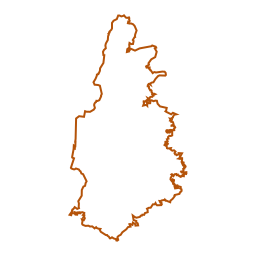 Tulkarm, West Bank, Palestine
{"feature_id": "87354302B17069565895340", "entity_name": "Tulkarm", "entity_type": "district", "adm_level": 2, "iso_a3": "PSE", "parent_name": "Palestine", "parent_adm1": "West Bank", "projection": "robinson", "projection_center": [35.087, 32.327], "detail": "fine", "context": "isolated", "style": "outline", "palette": "amber", "viewbox_px": 256, "rotation_deg": 0, "n_neighbors": 0, "source": "geoboundaries", "source_scale": "gbopen_adm2", "svg_char_len": 5856}
<svg xmlns="http://www.w3.org/2000/svg" viewBox="0 0 256 256"><path d="M153.4,82.3L155.5,78.9L158.1,76.0L159.6,75.4L165.3,75.6L165.9,74.9L165.6,72.8L164.6,71.7L162.3,71.6L155.9,72.5L154.7,72.1L153.8,72.3L152.7,73.1L150.6,70.1L150.3,70.2L149.1,68.7L149.7,68.1L149.6,67.5L148.4,67.9L148.0,67.1L147.1,67.4L147.1,66.9L146.4,67.2L146.1,66.4L149.0,64.7L148.5,63.2L151.3,59.3L155.2,57.1L156.7,51.7L154.8,48.4L156.2,47.7L155.7,46.7L152.2,45.5L151.5,46.2L139.6,48.4L135.0,50.6L129.8,48.3L129.2,48.8L129.7,50.1L128.4,50.9L128.8,51.5L126.9,52.0L127.3,49.1L128.8,48.0L129.5,46.6L129.2,44.9L129.5,43.0L131.2,44.1L133.0,44.0L133.6,41.0L132.8,40.0L134.4,37.4L135.1,37.0L134.9,36.5L135.2,34.4L136.6,30.5L134.6,25.9L133.0,24.2L130.8,23.4L129.8,23.6L127.9,23.2L128.2,21.8L128.8,22.1L129.7,20.9L129.1,19.5L129.3,18.1L129.0,17.4L127.1,17.9L125.9,17.6L124.0,15.4L123.6,15.8L121.3,16.4L119.4,15.5L118.2,15.5L116.8,19.1L113.6,20.7L112.0,22.9L112.0,28.4L111.4,29.7L109.5,31.6L109.6,32.4L109.1,32.5L108.9,33.5L108.4,33.8L108.8,34.7L108.1,36.1L107.8,40.0L105.9,43.4L105.4,45.4L105.8,48.3L104.0,49.9L103.0,51.8L103.4,55.1L104.3,55.2L103.4,63.0L100.1,68.3L99.9,70.8L98.9,73.1L98.3,73.5L98.3,74.2L96.9,74.6L96.8,75.7L95.6,78.7L93.5,82.2L94.6,84.7L98.1,85.0L99.9,85.7L101.8,93.9L101.0,95.7L101.1,96.4L99.3,100.2L97.4,101.0L96.4,100.8L95.9,102.2L95.2,102.5L94.4,103.8L94.1,105.1L94.9,107.9L93.8,109.6L90.1,111.8L86.5,111.7L85.1,111.2L84.0,116.8L79.1,116.2L76.1,118.5L75.6,139.0L75.2,141.6L75.5,141.6L75.3,146.3L74.9,146.3L74.8,148.8L74.2,148.7L74.6,146.1L73.8,145.5L73.6,149.1L72.1,157.2L72.4,157.7L74.0,158.3L70.9,167.8L71.4,168.5L73.6,169.3L74.7,169.3L75.9,168.5L78.9,169.5L79.7,170.8L80.5,171.3L81.4,173.5L83.1,174.2L86.6,181.3L85.6,183.1L85.1,185.8L83.4,186.6L81.8,190.0L81.7,195.7L78.3,201.2L78.9,203.4L78.7,207.1L79.0,208.1L77.2,208.9L74.7,207.1L73.5,208.9L72.5,209.4L72.0,210.4L72.3,211.0L69.6,214.8L71.2,215.2L71.9,212.9L74.6,213.5L75.4,214.6L77.2,214.7L77.4,213.6L74.8,212.7L74.7,212.2L77.3,213.1L77.5,212.5L78.4,212.9L79.0,212.2L79.8,212.3L79.4,213.2L80.4,213.3L80.7,212.5L82.4,212.2L84.3,212.9L84.2,213.6L83.0,215.0L84.3,215.4L83.2,217.5L84.4,217.2L84.8,218.3L83.8,220.2L82.0,219.6L82.5,221.0L82.1,223.3L82.3,224.4L82.9,224.9L85.5,225.9L88.5,225.7L89.9,226.5L92.3,226.4L94.6,228.4L96.1,227.2L96.7,228.0L98.5,228.7L100.4,228.9L99.8,230.0L100.8,231.8L105.8,235.0L107.2,235.1L107.5,235.8L108.8,236.6L109.8,238.3L110.5,238.3L112.0,237.3L113.6,238.4L115.9,239.1L116.4,240.5L117.3,240.6L118.2,239.9L117.7,238.1L117.4,238.0L117.6,236.8L118.9,235.7L120.7,234.8L122.3,232.3L126.3,229.3L128.0,227.1L130.5,226.6L129.4,224.2L130.1,224.0L132.4,224.9L132.9,222.6L135.3,224.2L135.5,225.6L138.1,225.4L137.7,223.4L136.2,222.3L136.3,221.0L133.6,220.1L132.8,215.5L134.9,217.1L136.5,217.7L139.9,216.9L140.7,215.7L141.9,215.6L142.3,214.7L144.2,214.8L144.9,213.1L147.7,212.2L147.6,209.9L147.0,208.7L148.8,207.8L150.7,207.7L152.9,204.3L154.7,204.3L155.5,203.1L155.9,204.1L157.1,205.3L161.3,205.1L161.8,204.2L161.3,203.8L161.4,202.8L160.4,202.7L159.6,201.0L160.7,201.1L161.5,200.5L164.4,199.9L165.0,200.3L165.1,199.7L166.1,200.6L170.2,202.2L170.5,200.6L172.6,198.9L174.7,196.2L174.4,195.5L174.7,195.0L179.4,193.9L179.6,193.1L180.4,192.4L180.3,192.0L181.6,190.9L181.5,189.3L180.4,188.6L180.8,187.1L179.6,186.5L178.2,186.5L177.7,185.5L177.2,185.3L176.4,186.9L177.8,188.0L175.1,188.4L174.5,186.3L175.2,185.2L174.2,183.7L173.6,184.3L173.1,183.9L173.0,183.1L173.3,182.6L172.7,181.8L174.0,180.9L174.0,180.0L172.6,179.3L171.6,180.9L170.5,179.4L170.7,177.8L172.3,175.4L171.4,174.5L171.9,174.2L173.5,176.0L174.5,174.3L176.4,174.0L176.7,175.1L177.9,174.7L178.1,175.4L179.5,175.8L179.4,176.2L180.7,176.9L182.3,176.0L183.8,176.2L183.8,175.4L182.6,175.0L183.5,174.2L184.1,174.6L184.7,174.2L184.9,173.4L186.2,173.9L186.4,173.3L185.8,173.1L186.1,172.2L181.9,172.5L180.4,171.1L181.6,171.7L182.6,171.5L183.5,170.5L183.2,168.9L184.4,168.5L184.1,167.5L185.4,167.0L185.6,166.3L184.7,165.2L184.0,165.8L183.1,165.5L182.6,164.5L182.2,163.5L183.5,164.1L183.6,162.7L182.6,162.7L182.5,161.9L181.7,161.7L182.1,159.7L181.8,158.7L182.1,158.7L182.1,158.2L181.1,158.2L180.7,158.8L180.1,158.9L178.6,158.6L179.6,158.0L179.8,157.2L180.0,157.8L180.4,157.1L180.3,156.4L182.0,153.3L178.6,153.1L178.7,154.4L176.6,155.1L176.3,154.4L175.2,154.4L174.5,153.1L175.5,151.6L174.0,150.3L172.3,150.7L170.4,149.3L170.9,148.1L167.7,148.5L167.0,148.2L166.5,145.4L167.9,143.8L167.3,143.1L166.2,143.6L165.3,145.5L164.5,145.0L165.4,143.6L165.4,141.8L167.6,141.3L167.0,139.4L167.5,139.4L167.9,138.4L168.4,138.4L168.0,137.1L169.3,135.8L170.8,136.0L172.2,135.4L172.2,132.3L171.9,131.3L172.5,130.7L171.3,130.6L169.9,131.1L170.5,131.7L169.7,132.6L169.1,132.6L167.6,132.3L167.3,132.6L166.7,132.2L166.2,131.2L166.4,130.7L167.0,130.7L166.7,130.3L167.0,130.1L168.7,130.5L169.3,130.1L170.1,130.6L170.0,130.2L170.6,129.9L174.0,130.3L174.3,130.1L173.9,128.9L175.2,127.5L174.7,126.5L173.9,126.4L173.7,125.6L171.5,125.8L171.5,125.4L172.2,125.1L173.7,124.8L173.0,122.2L171.3,121.8L171.6,121.0L170.0,120.6L170.5,119.4L170.0,118.6L171.9,118.9L171.8,118.1L172.9,117.5L173.0,116.6L174.3,114.7L176.3,114.3L172.9,112.8L171.2,114.3L166.2,111.8L165.5,111.3L166.1,110.8L166.7,107.9L160.0,106.4L157.6,103.7L156.9,100.8L155.4,100.6L153.4,101.2L151.7,100.3L150.5,100.8L150.1,103.2L148.6,103.3L148.1,102.5L147.0,102.5L147.2,105.7L146.7,105.2L145.5,105.0L143.2,105.6L144.3,102.3L143.6,101.9L143.7,101.3L145.9,101.5L146.6,100.8L146.3,100.5L146.6,100.2L147.2,100.4L147.6,99.7L149.0,100.6L147.8,98.2L149.3,99.1L149.6,98.9L149.2,98.3L149.9,97.3L151.0,96.8L152.3,96.8L152.7,95.7L153.5,95.7L153.7,94.8L155.2,94.2L154.4,93.8L152.7,94.7L152.1,94.3L152.2,93.8L152.6,93.8L152.4,92.9L151.6,92.4L151.6,90.8L150.9,90.0L150.2,90.3L149.0,88.2L148.9,86.5L147.7,86.3L147.8,85.2L148.7,83.9L149.3,83.8L150.4,84.6L150.0,83.6L152.0,82.5L153.4,82.3Z" fill="none" stroke="#b45309" stroke-width="2"/></svg>